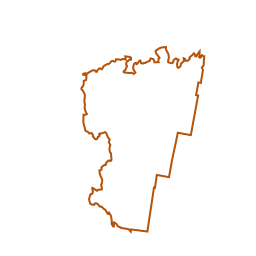 Washington, Maine, United States of America (Mercator projection), rotated 201°
{"feature_id": "52423323B19363512128609", "entity_name": "Washington", "entity_type": "district", "adm_level": 2, "iso_a3": "USA", "parent_name": "United States of America", "parent_adm1": "Maine", "projection": "mercator", "projection_center": [-67.458, 45.042], "detail": "fine", "context": "isolated", "style": "outline", "palette": "amber", "viewbox_px": 256, "rotation_deg": 201, "n_neighbors": 0, "source": "geoboundaries", "source_scale": "gbopen_adm2", "svg_char_len": 4438}
<svg xmlns="http://www.w3.org/2000/svg" viewBox="0 0 256 256"><g transform="rotate(201 128 128)"><path d="M72.1,96.8L75.3,113.3L78.1,131.3L79.8,141.4L68.2,143.6L66.8,143.9L74.2,183.5L76.2,183.1L78.1,193.2L78.6,195.7L76.1,196.2L76.8,199.2L78.8,209.0L80.8,211.1L79.8,213.3L82.5,222.0L82.6,221.9L83.5,221.9L84.6,222.6L85.2,222.5L85.6,221.1L85.3,220.0L85.7,219.6L86.2,219.4L87.1,219.8L87.3,221.4L88.6,225.1L89.3,222.8L89.8,220.4L89.8,219.4L90.5,219.1L90.8,219.0L91.8,220.6L93.3,221.4L93.6,220.7L93.6,220.0L95.9,215.9L95.1,214.7L96.4,212.0L98.5,211.5L99.5,213.0L101.0,213.1L99.8,210.2L101.6,207.3L101.1,204.8L101.8,203.0L102.6,202.2L103.5,202.5L104.0,202.9L105.2,205.5L105.5,208.1L105.2,208.5L105.1,209.8L106.1,210.0L107.3,209.6L108.2,210.1L109.3,208.7L109.8,207.1L109.4,205.3L110.1,204.4L111.2,203.9L113.9,203.8L114.3,204.1L114.7,205.6L115.1,208.4L116.6,211.3L120.8,215.0L121.6,217.2L125.9,214.9L127.6,213.3L129.9,209.9L128.7,207.9L123.7,204.8L124.3,203.6L123.5,201.0L123.0,200.4L126.9,198.8L127.4,199.8L129.0,201.4L131.8,201.1L131.9,198.2L132.9,197.5L134.3,196.0L135.4,194.8L136.4,194.5L136.5,194.1L136.9,193.7L138.5,193.2L139.3,193.4L139.5,194.0L140.3,195.0L140.9,195.4L141.6,194.2L142.0,192.6L142.7,190.6L142.9,190.5L143.9,191.6L144.9,190.9L145.4,189.8L145.0,186.7L144.3,185.2L143.7,184.8L143.5,184.2L141.0,182.4L141.9,180.6L144.4,180.9L146.2,179.8L147.0,179.7L151.2,178.5L152.2,178.8L152.1,180.1L151.3,180.9L151.1,185.7L152.3,186.4L152.9,187.3L152.8,189.4L151.0,192.6L149.7,192.7L149.7,193.1L150.5,194.8L151.9,194.9L152.8,194.7L156.2,193.9L154.7,191.1L157.8,190.6L159.1,189.0L161.3,188.7L163.8,187.8L163.6,187.4L163.6,186.3L164.1,185.2L164.6,185.1L165.9,185.3L167.5,184.4L167.5,184.2L168.2,182.0L169.2,180.6L170.3,180.3L172.9,177.0L173.4,173.5L174.1,173.3L175.1,173.7L176.1,173.4L177.2,171.0L177.3,169.3L178.1,169.0L179.3,169.9L181.1,169.5L181.8,169.0L184.4,166.0L185.0,164.9L185.4,164.5L185.9,164.2L186.8,163.8L187.1,163.9L188.0,163.6L189.2,162.5L189.2,162.1L189.0,161.7L187.5,161.9L186.6,162.4L186.6,162.8L185.8,163.0L185.4,161.6L184.3,158.0L184.7,157.4L186.2,156.2L185.9,155.3L184.9,152.4L185.1,150.3L185.4,150.2L185.7,149.3L185.6,147.9L184.9,147.1L183.7,146.9L180.4,143.8L179.9,143.0L179.8,142.6L178.1,136.8L176.7,134.6L176.2,133.5L176.0,131.9L175.2,130.3L173.3,128.0L171.4,126.3L172.7,124.9L174.3,124.5L173.9,123.5L172.0,117.9L170.2,114.9L168.5,112.8L167.2,110.6L167.0,110.4L166.8,110.3L166.1,110.1L163.7,109.9L162.3,109.0L160.3,110.2L159.8,110.2L159.5,109.9L159.2,109.5L158.4,109.1L158.2,108.9L158.0,108.0L157.8,107.6L156.6,107.0L156.2,106.6L155.2,106.1L153.9,105.9L153.2,106.4L153.1,106.6L152.8,108.1L152.8,108.3L153.0,108.6L153.0,109.0L152.5,109.2L152.2,109.4L151.8,110.6L151.9,111.2L152.4,111.5L152.7,111.7L152.7,112.3L152.5,112.6L152.3,112.8L151.5,113.0L150.2,113.9L149.0,115.0L147.9,115.9L147.8,116.0L147.3,115.8L146.4,115.3L146.1,115.0L143.2,111.9L142.5,111.6L141.0,110.8L140.9,110.3L140.9,110.0L141.0,109.7L140.8,107.8L138.4,105.8L138.4,104.9L138.2,103.2L137.6,101.3L137.3,100.7L135.8,98.6L135.1,98.4L134.9,98.3L134.8,98.1L132.2,92.9L132.0,92.5L132.0,92.3L132.3,91.1L132.6,90.9L132.8,91.0L133.1,91.2L134.5,90.6L134.5,90.1L135.1,89.6L135.9,87.5L136.0,87.1L136.0,86.7L135.5,86.1L135.5,85.8L135.5,85.7L135.8,85.4L137.1,84.5L137.8,83.6L138.3,82.3L138.6,81.3L138.0,80.4L137.9,79.8L138.2,79.0L138.3,78.8L138.6,78.6L139.0,78.6L139.5,78.2L138.3,75.7L136.4,73.4L135.3,72.2L134.0,71.1L133.7,70.8L133.3,69.8L132.6,66.8L132.5,66.1L132.8,65.8L132.8,65.4L132.3,64.3L131.5,63.6L130.9,62.8L130.6,61.7L130.5,61.2L131.0,60.8L132.2,60.4L133.4,59.9L134.0,59.5L134.0,58.8L134.0,58.7L134.8,58.2L136.2,58.7L138.4,59.2L138.6,59.3L138.8,59.0L138.9,58.6L139.1,58.6L139.3,58.7L139.7,59.2L139.8,59.2L139.3,57.8L138.1,56.5L137.8,55.1L137.8,54.8L137.8,54.1L138.1,53.3L138.3,53.2L138.4,53.3L138.5,53.3L138.8,53.3L139.3,51.9L139.0,48.6L138.8,47.5L138.4,46.8L136.2,43.9L135.6,43.6L133.4,43.7L132.0,44.2L131.9,44.5L132.1,44.8L132.1,45.2L131.9,45.6L131.0,46.3L128.9,46.2L127.2,45.0L126.0,44.6L124.9,44.8L124.9,45.1L124.4,45.1L122.1,44.0L119.7,43.4L116.9,41.1L116.1,40.6L115.6,40.8L116.0,41.9L115.5,42.3L113.3,40.6L112.3,39.7L110.5,36.7L109.9,35.3L109.1,33.2L108.6,32.3L106.8,30.9L106.5,30.9L106.0,30.9L106.1,31.6L106.4,32.5L107.2,33.7L107.8,34.0L107.8,34.5L107.6,34.8L106.5,34.8L104.0,34.1L102.4,32.6L98.8,32.5L98.5,32.2L91.3,33.8L88.3,32.2L88.8,34.4L72.8,38.3L82.4,81.7L81.4,81.9L84.3,94.5L72.1,96.8Z" fill="none" stroke="#b45309" stroke-width="2"/></g></svg>